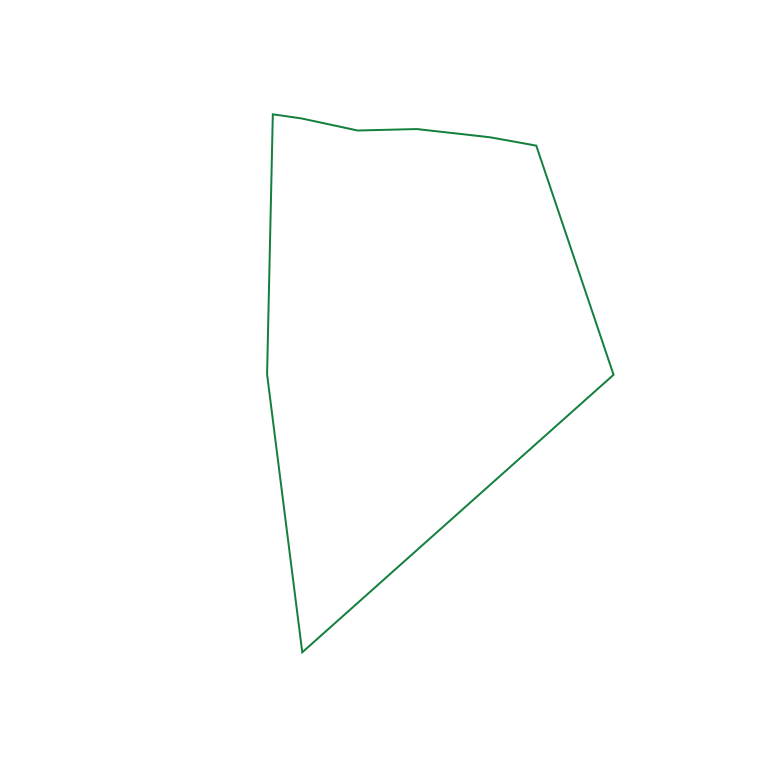 outline of El Arish 2, Shamal Sina', Egypt, rotated 23°
{"feature_id": "37247803B92931346383246", "entity_name": "El Arish 2", "entity_type": "district", "adm_level": 2, "iso_a3": "EGY", "parent_name": "Egypt", "parent_adm1": "Shamal Sina'", "projection": "equal_earth", "projection_center": [33.737, 31.084], "detail": "fine", "context": "isolated", "style": "outline", "palette": "green", "viewbox_px": 768, "rotation_deg": 23, "n_neighbors": 0, "source": "geoboundaries", "source_scale": "gbopen_adm2", "svg_char_len": 285}
<svg xmlns="http://www.w3.org/2000/svg" viewBox="0 0 768 768"><g transform="rotate(23 384 384)"><path d="M431.0,105.1L385.1,115.5L314.3,136.6L260.6,161.0L203.8,171.9L176.3,179.2L272.6,420.8L413.6,662.9L591.7,285.8L431.0,105.1Z" fill="none" stroke="#15803d" stroke-width="2"/></g></svg>